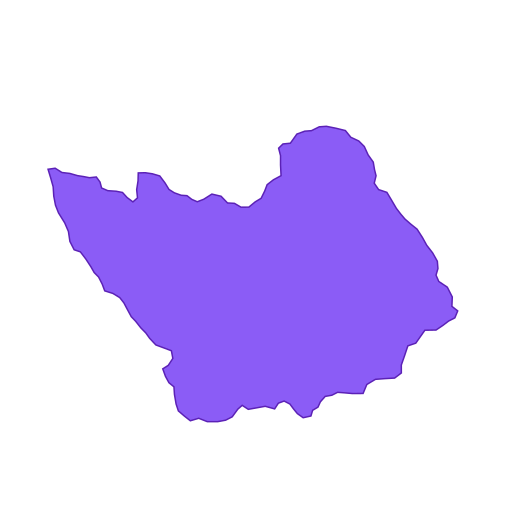 the district of Bom Jesus do Amparo, Minas Gerais, Brazil, rotated 333°
{"feature_id": "56859067B28888821052332", "entity_name": "Bom Jesus do Amparo", "entity_type": "district", "adm_level": 2, "iso_a3": "BRA", "parent_name": "Brazil", "parent_adm1": "Minas Gerais", "projection": "albers", "projection_center": [-43.474, -19.706], "detail": "fine", "context": "isolated", "style": "filled", "palette": "violet", "viewbox_px": 512, "rotation_deg": 333, "n_neighbors": 0, "source": "geoboundaries", "source_scale": "gbopen_adm2", "svg_char_len": 2119}
<svg xmlns="http://www.w3.org/2000/svg" viewBox="0 0 512 512"><g transform="rotate(333 256 256)"><path d="M410.8,396.5L407.7,389.8L412.3,381.6L412.3,370.6L407.3,361.7L407.7,354.8L412.4,349.8L415.2,343.0L414.8,333.4L413.0,324.0L412.7,315.2L411.7,305.2L408.3,297.7L405.5,290.7L404.0,284.4L402.7,277.4L402.1,267.3L401.5,258.7L395.4,252.5L394.4,244.8L399.4,239.0L400.8,232.9L403.1,225.6L401.8,216.8L402.2,207.6L399.8,200.2L394.4,193.3L392.6,184.8L385.3,178.5L377.6,172.4L371.0,169.6L362.3,169.5L356.1,166.9L347.8,165.9L337.8,171.1L330.9,168.4L325.1,170.2L323.4,177.8L319.2,186.0L314.8,195.8L306.1,196.0L298.3,197.5L293.2,202.1L286.8,206.9L279.9,207.4L271.8,209.2L264.8,205.7L260.7,199.3L254.7,195.8L252.0,186.9L244.8,180.8L235.2,181.7L228.3,181.0L224.5,176.4L221.9,170.9L216.9,167.9L211.9,162.6L208.7,157.2L208.1,149.6L206.6,141.0L201.0,135.7L195.1,131.5L188.8,128.5L185.0,135.5L179.8,142.7L176.8,150.4L170.9,151.9L167.7,145.4L165.9,138.8L160.8,134.8L153.6,130.5L149.3,125.3L150.6,119.3L149.6,113.1L143.1,110.6L138.5,107.0L133.5,103.4L127.6,97.9L121.0,93.5L116.9,86.6L110.1,84.3L108.5,93.2L106.7,102.2L103.0,110.8L100.4,119.7L99.6,127.9L100.6,139.7L100.0,149.0L96.8,158.5L96.8,167.9L101.4,172.6L103.0,181.4L104.0,190.6L104.3,197.3L106.2,203.2L106.2,211.2L105.4,218.4L111.5,224.4L115.7,231.2L117.0,237.8L117.1,244.2L117.3,253.4L119.1,259.4L120.8,267.9L122.9,274.6L123.9,281.2L126.4,289.8L132.4,296.3L137.6,302.0L135.4,309.5L128.2,313.6L121.7,314.2L120.7,322.1L120.9,329.4L123.5,335.3L120.5,342.3L117.6,351.6L116.5,358.8L119.5,366.1L122.7,373.0L131.3,374.6L137.4,381.5L146.6,386.2L154.4,388.5L161.8,388.5L170.3,384.2L175.9,382.8L179.5,389.1L186.4,391.2L196.0,394.1L203.2,400.7L209.1,397.3L215.2,398.0L219.0,403.3L220.0,409.2L221.3,415.2L224.6,421.5L232.3,423.5L236.4,419.2L242.6,418.8L247.1,415.2L253.9,412.5L260.4,414.5L266.8,414.5L272.9,418.2L279.6,422.4L289.0,427.1L296.4,420.8L306.4,420.1L315.0,423.7L324.1,427.7L332.4,426.2L336.0,419.1L343.1,412.3L350.5,405.0L358.8,406.2L365.6,402.6L372.8,398.8L382.8,403.7L390.9,402.7L398.1,401.4L405.1,401.4L410.8,396.5Z" fill="#8b5cf6" stroke="#5b21b6" stroke-width="1.5"/></g></svg>